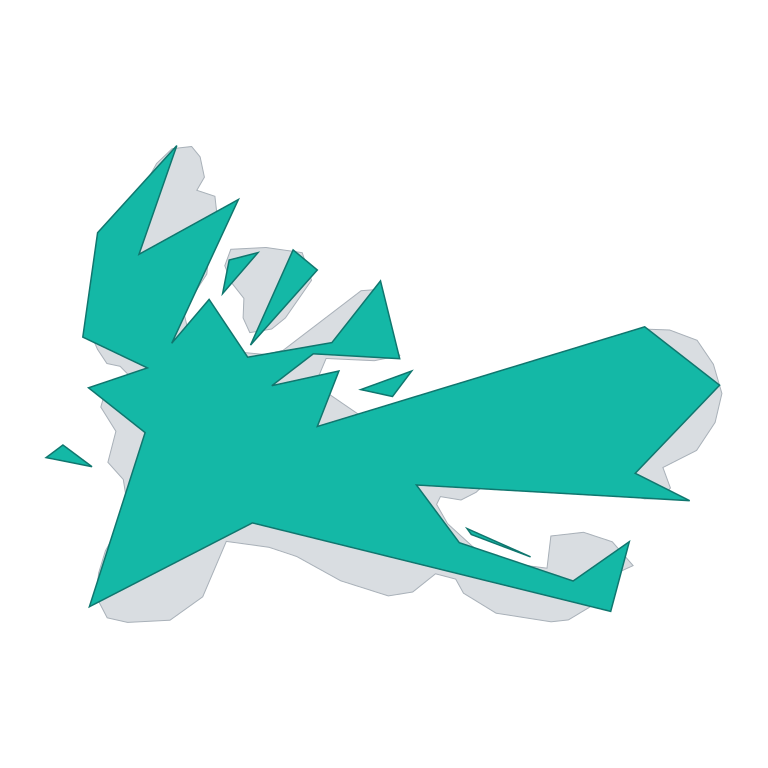 Archipel des Kerguelen on a map of French Southern and Antarctic Lands (Equal Earth projection)
{"feature_id": "ATF-5916", "entity_name": "Archipel des Kerguelen", "entity_type": "state/province", "adm_level": 1, "iso_a3": "ATF", "parent_name": "French Southern and Antarctic Lands", "parent_adm1": "", "projection": "equal_earth", "projection_center": [69.4, -49.144], "detail": "coarse", "context": "in_parent", "style": "filled", "palette": "teal", "viewbox_px": 768, "rotation_deg": 0, "n_neighbors": 0, "source": "natural_earth", "source_scale": "10m", "svg_char_len": 2119}
<svg xmlns="http://www.w3.org/2000/svg" viewBox="0 0 768 768"><path d="M237.2,351.9L265.6,354.6L283.0,350.4L361.1,290.7L381.6,289.2L379.6,334.9L399.7,355.5L374.3,360.7L326.1,358.5L315.1,384.6L363.7,417.9L387.8,422.5L407.6,422.1L444.4,414.5L474.0,402.6L519.9,374.7L547.3,363.9L599.3,363.4L626.6,337.0L639.1,328.9L669.6,330.0L697.1,340.3L713.4,364.3L721.9,393.5L715.1,422.4L696.6,450.4L662.9,467.5L670.4,488.0L661.4,498.3L644.5,498.9L630.2,494.2L609.2,470.2L583.8,457.3L522.8,458.2L495.4,459.8L490.6,478.2L476.1,492.3L461.0,500.0L440.4,496.6L436.6,504.4L447.5,523.6L474.1,547.9L520.1,564.8L547.0,568.2L550.9,536.0L583.5,532.3L612.3,541.8L633.1,565.6L616.0,573.4L601.0,586.0L597.8,602.2L568.4,619.9L551.1,621.8L496.1,613.2L463.5,593.2L455.7,579.1L435.5,573.8L412.7,592.0L388.3,595.9L340.7,580.8L296.7,556.5L269.1,547.3L226.3,541.4L202.7,596.8L170.0,620.2L127.6,622.4L107.2,617.8L95.9,596.1L98.7,572.8L105.5,550.6L118.7,527.9L127.0,503.0L123.3,479.5L107.9,462.3L115.9,431.3L100.8,407.1L105.9,389.2L130.6,377.0L120.1,366.3L106.9,363.5L97.5,349.3L90.1,332.2L99.6,300.0L113.8,268.9L111.9,233.8L136.0,200.6L156.6,163.5L172.1,148.7L191.6,146.5L200.1,156.9L204.4,177.2L196.8,190.3L214.9,196.3L219.8,239.4L208.4,257.0L206.8,274.1L183.3,310.3L190.2,339.4L237.2,351.9ZM271.7,329.0L249.8,332.6L243.1,317.9L243.9,298.4L231.7,282.9L224.8,265.7L230.8,249.3L266.0,247.5L302.2,252.7L311.5,280.3L285.4,317.9L271.7,329.0Z" fill="#d9dde1" stroke="#a8b0b8" stroke-width="1"/><path d="M719.6,385.2L635.2,473.3L689.7,500.7L416.4,485.0L459.3,542.7L573.1,581.0L629.3,541.7L610.7,611.4L252.4,522.9L89.4,606.7L145.1,432.6L88.5,387.8L147.4,367.9L82.8,337.1L97.6,232.7L176.8,145.6L139.0,254.3L238.4,199.5L171.7,343.3L209.1,299.4L247.7,357.2L331.9,342.6L380.5,280.9L399.7,358.7L313.3,353.8L271.8,385.7L338.9,371.0L317.3,426.5L644.7,326.8L719.6,385.2ZM250.5,345.1L293.1,249.9L317.3,270.0L250.5,345.1ZM229.2,260.0L258.0,252.6L222.6,293.6L229.2,260.0ZM62.9,445.0L92.0,466.7L46.1,457.6L62.9,445.0ZM530.6,556.9L471.3,534.5L467.1,528.6L530.6,556.9ZM392.5,396.5L360.8,389.6L411.7,371.0L392.5,396.5Z" fill="#14b8a6" stroke="#0f766e" stroke-width="1.5"/></svg>